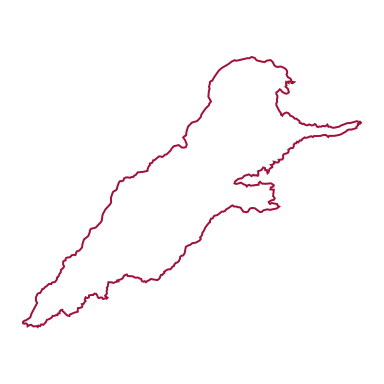 Ponte Alta do Bom Jesus, Tocantins, Brazil (Albers equal-area conic projection)
{"feature_id": "56859067B8976665004263", "entity_name": "Ponte Alta do Bom Jesus", "entity_type": "district", "adm_level": 2, "iso_a3": "BRA", "parent_name": "Brazil", "parent_adm1": "Tocantins", "projection": "albers", "projection_center": [-46.566, -12.067], "detail": "fine", "context": "isolated", "style": "outline", "palette": "rose", "viewbox_px": 384, "rotation_deg": 0, "n_neighbors": 0, "source": "geoboundaries", "source_scale": "gbopen_adm2", "svg_char_len": 5955}
<svg xmlns="http://www.w3.org/2000/svg" viewBox="0 0 384 384"><path d="M37.8,327.0L38.3,325.6L40.2,326.1L41.2,324.4L43.3,324.8L45.8,322.2L46.8,320.0L50.3,318.5L51.8,317.4L52.6,315.9L54.6,315.8L56.1,315.1L57.4,315.2L57.8,313.6L59.6,313.4L59.6,311.6L60.7,310.2L62.3,309.8L62.5,311.1L63.7,312.0L66.0,314.4L67.7,315.6L69.4,316.0L69.8,314.6L74.2,312.7L77.8,311.7L77.7,310.0L78.0,308.1L80.0,307.9L82.0,307.1L82.4,305.5L81.9,304.1L83.7,303.8L84.4,302.3L85.6,301.0L84.8,299.6L85.6,297.3L87.1,298.1L88.9,297.4L89.0,295.4L91.6,294.9L93.1,295.1L94.4,293.6L96.2,293.9L97.3,295.6L97.9,297.4L98.9,298.1L100.7,297.4L102.2,297.7L103.0,299.0L105.0,298.4L106.5,298.7L107.5,297.7L105.1,295.8L106.9,293.5L106.6,290.8L107.3,289.5L106.8,287.8L107.8,286.4L108.4,282.2L111.9,282.4L113.4,282.9L116.8,281.6L118.2,281.4L117.4,280.4L121.3,279.2L122.6,278.3L124.1,275.7L125.5,274.8L126.9,274.5L127.7,276.0L132.5,276.3L135.1,277.6L138.2,277.6L139.5,278.5L141.2,278.9L141.8,280.9L143.2,281.7L144.7,281.2L145.9,282.3L147.3,281.0L149.1,280.3L150.7,279.0L157.4,280.1L158.9,279.0L159.8,277.9L160.8,275.1L162.5,274.8L163.3,273.6L164.4,272.9L164.1,271.8L167.3,269.6L170.6,269.1L172.6,266.6L174.0,266.0L174.3,264.5L175.8,262.9L177.1,262.6L178.8,261.3L180.0,258.7L180.1,257.0L181.4,255.7L182.9,255.6L183.9,254.5L184.7,252.9L185.8,246.9L187.5,245.8L190.5,244.7L192.4,243.1L195.7,242.7L199.7,240.5L200.8,238.9L200.1,237.4L201.4,236.1L202.2,234.4L202.4,232.7L204.0,230.5L205.4,227.4L207.1,225.1L208.9,222.9L210.1,222.2L209.9,221.0L211.1,218.6L212.6,218.5L214.2,215.8L217.3,215.1L221.8,211.6L223.5,211.6L225.1,210.9L225.9,209.6L230.0,207.1L231.3,205.9L232.7,205.4L233.9,206.5L236.7,206.6L237.9,207.3L239.2,207.2L240.6,207.7L243.2,211.6L246.3,212.2L247.9,211.7L249.6,209.0L250.8,208.2L253.0,208.0L254.9,208.3L260.0,212.1L261.9,211.8L263.1,210.5L266.5,209.5L268.0,209.4L269.7,209.9L276.7,208.5L279.2,206.6L277.5,205.5L277.3,204.1L271.8,203.0L270.1,204.0L269.2,203.1L268.7,201.9L271.6,200.3L274.0,199.7L274.8,198.3L273.1,196.1L273.8,189.7L270.4,189.4L270.8,187.5L273.2,186.6L273.8,185.3L272.4,184.2L270.8,183.3L265.8,183.8L262.0,183.6L260.0,181.8L258.8,183.0L258.6,184.7L250.8,185.7L249.1,184.8L247.8,185.4L246.8,186.5L245.7,185.0L244.0,184.5L240.9,182.7L237.6,183.7L235.9,183.9L234.5,183.3L235.0,181.5L238.3,178.9L241.4,178.4L243.1,177.3L244.2,175.9L248.8,174.4L251.7,176.1L253.3,174.8L254.7,175.5L256.3,175.2L257.7,175.9L258.4,174.9L258.0,171.3L261.5,170.0L263.2,167.5L264.9,168.0L265.3,170.2L266.8,170.0L267.5,173.2L268.6,172.1L269.4,169.2L270.5,168.1L272.3,167.3L272.1,166.0L271.0,165.0L272.7,164.5L274.2,163.5L273.8,161.7L276.8,162.5L278.3,162.4L279.2,161.2L278.7,159.8L282.1,159.5L283.2,158.3L283.1,155.0L284.4,153.9L286.4,153.5L288.2,152.6L288.7,151.1L288.3,149.8L290.4,148.2L292.8,148.0L293.8,146.4L293.7,144.8L294.6,143.5L296.2,143.3L297.0,141.8L298.2,142.4L299.9,140.4L301.4,140.5L302.1,139.2L304.7,137.4L305.9,137.9L307.2,137.6L311.0,136.2L312.9,137.1L313.7,136.1L320.5,135.9L323.8,134.9L326.1,135.1L328.3,137.0L329.1,135.9L334.7,135.8L338.9,135.0L341.0,134.3L346.2,131.4L347.4,130.1L349.1,129.5L351.4,129.6L356.4,128.1L356.5,126.8L358.0,125.4L357.9,123.9L359.8,123.9L361.0,122.7L360.0,121.7L358.3,121.8L356.8,121.2L350.7,122.9L347.1,123.2L340.8,125.6L339.4,126.6L334.7,127.6L332.9,127.8L329.9,126.6L328.4,126.8L327.4,124.6L325.4,126.3L322.7,125.9L321.1,126.7L319.3,126.5L318.1,127.1L316.7,126.4L316.1,125.0L314.8,124.0L313.5,125.0L312.0,125.5L308.9,124.4L307.8,125.2L306.6,125.3L305.0,124.7L303.8,123.7L302.3,124.1L301.1,123.1L299.7,122.9L299.5,121.1L296.4,118.7L294.6,118.7L293.2,116.9L290.1,115.6L289.5,114.2L288.0,113.0L286.3,112.5L284.4,113.4L283.0,114.3L282.4,115.7L281.0,114.7L280.9,113.2L279.1,110.6L276.4,105.3L276.3,103.3L277.1,102.0L276.9,98.8L277.5,97.5L277.3,95.5L276.3,93.9L276.3,92.4L277.8,91.6L279.8,89.3L281.2,90.3L281.8,91.5L284.7,93.3L286.4,93.7L287.8,93.2L288.9,92.1L287.8,88.6L285.5,86.7L286.6,85.2L285.9,83.6L286.2,81.9L288.6,83.0L288.5,81.5L291.3,81.5L291.1,79.6L290.0,78.3L287.9,77.2L287.1,75.7L286.5,74.3L287.1,73.2L287.2,71.8L286.8,70.5L285.8,69.1L283.5,67.6L280.7,66.5L277.4,67.0L275.8,66.4L274.4,65.4L272.6,61.9L270.6,60.1L267.0,60.6L264.5,62.1L261.6,61.6L257.1,60.5L255.8,59.5L254.8,58.0L251.6,57.0L249.2,58.3L247.3,58.2L237.2,60.6L235.9,60.7L234.6,60.2L232.0,61.4L228.1,64.3L221.6,68.1L218.8,70.6L214.3,77.0L212.2,80.7L210.8,81.2L209.9,82.1L209.9,83.5L209.0,87.0L209.6,88.5L208.8,91.6L208.4,96.8L211.0,101.5L209.2,103.8L209.1,105.1L205.7,108.4L204.3,110.3L201.3,114.7L201.1,116.3L200.2,117.7L198.2,120.0L197.0,121.1L191.9,122.6L188.1,126.5L186.5,131.6L186.1,135.4L184.3,136.3L183.2,137.5L185.2,140.4L186.8,144.5L185.9,147.0L184.3,147.6L181.8,147.5L178.7,145.1L173.8,146.2L171.5,148.7L170.7,150.4L166.6,154.4L164.7,154.8L163.4,156.3L162.1,157.0L160.8,156.5L159.0,156.4L154.5,160.1L153.2,160.3L152.7,161.8L151.7,163.1L149.8,163.5L149.9,165.1L148.6,166.5L147.6,169.5L147.5,170.8L143.9,171.7L137.7,172.4L135.8,174.9L134.0,175.8L133.4,176.9L131.6,177.0L130.0,177.8L127.1,177.3L125.6,177.6L124.1,178.4L123.5,180.4L121.8,181.2L120.2,181.1L119.0,182.2L117.1,187.6L116.9,189.1L115.8,190.3L113.3,191.6L112.6,192.9L110.9,197.8L111.1,202.5L110.2,204.2L105.5,209.3L103.0,213.8L102.4,215.7L101.8,220.5L100.9,222.1L95.7,227.6L91.0,228.8L90.1,230.0L89.6,232.6L88.3,236.0L84.0,239.4L82.6,243.5L82.0,247.5L79.4,250.5L76.6,251.5L75.4,255.1L73.9,254.8L71.8,255.2L70.1,257.2L67.3,257.5L65.8,258.3L65.5,260.4L64.3,260.7L63.2,261.5L63.1,264.4L64.1,266.4L63.2,268.0L60.9,270.0L60.8,272.3L59.5,273.9L58.2,276.9L57.1,277.4L56.9,279.5L55.2,281.8L51.8,282.7L51.2,284.1L48.9,283.9L46.5,286.3L45.3,286.9L43.6,288.8L42.0,289.3L41.4,291.1L40.2,292.9L38.6,293.2L37.5,293.9L35.9,297.4L35.9,299.3L36.3,301.5L37.2,302.9L31.6,313.4L30.2,317.5L25.8,320.4L24.3,320.7L23.0,322.0L23.1,323.3L24.3,323.7L25.8,323.3L27.3,324.3L27.6,326.3L29.6,325.1L31.2,324.8L33.3,326.4L36.6,326.2L37.8,327.0ZM291.3,81.5L291.4,83.0L292.7,83.2L294.1,82.1L291.3,81.5Z" fill="none" stroke="#9f1239" stroke-width="2"/></svg>